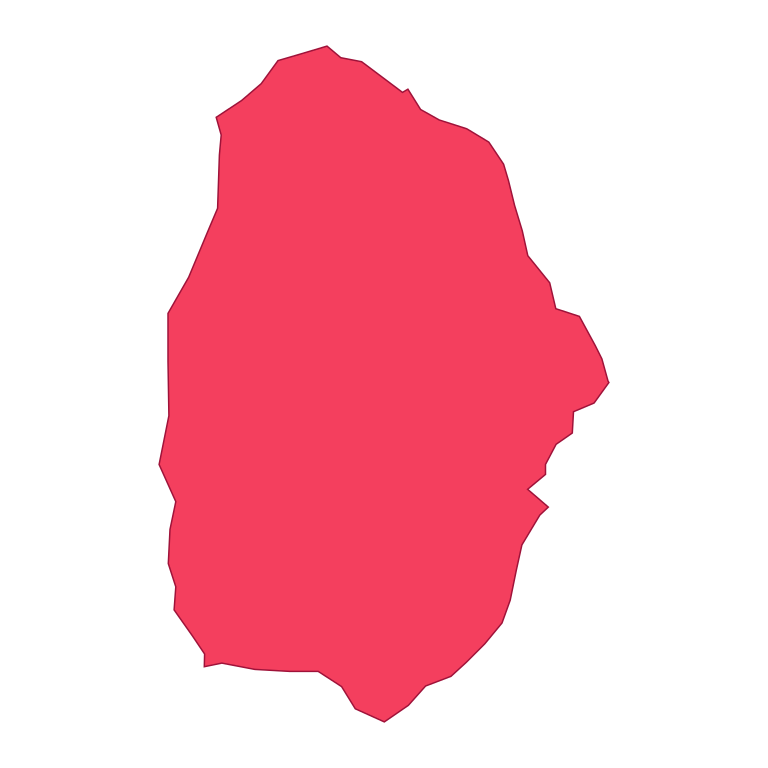 the district of Apesia, Limassol, Cyprus
{"feature_id": "46923920B26511278175310", "entity_name": "Apesia", "entity_type": "district", "adm_level": 2, "iso_a3": "CYP", "parent_name": "Cyprus", "parent_adm1": "Limassol", "projection": "orthographic", "projection_center": [32.979, 34.782], "detail": "fine", "context": "isolated", "style": "filled", "palette": "rose", "viewbox_px": 768, "rotation_deg": 0, "n_neighbors": 0, "source": "geoboundaries", "source_scale": "gbopen_adm2", "svg_char_len": 976}
<svg xmlns="http://www.w3.org/2000/svg" viewBox="0 0 768 768"><path d="M608.9,382.5L608.0,381.0L601.9,358.9L595.3,345.7L579.4,316.4L555.8,308.7L549.7,282.8L527.8,255.7L522.3,230.9L514.6,205.5L508.5,180.7L503.6,164.2L488.8,142.1L466.8,128.8L439.3,120.0L420.6,109.5L407.9,89.2L402.5,92.4L361.6,61.7L340.8,57.7L327.0,46.1L299.9,54.2L278.0,60.6L261.2,83.7L241.6,100.5L216.2,117.3L221.2,135.0L219.4,154.9L217.6,208.3L207.6,231.9L188.7,277.2L168.0,313.4L168.0,361.4L168.9,415.7L159.1,464.5L175.8,501.6L175.0,505.5L170.0,529.4L168.3,563.6L175.8,586.8L174.1,609.9L192.5,636.0L204.6,654.0L204.3,666.7L221.8,663.1L254.8,669.4L289.9,671.4L318.2,671.4L341.6,686.6L355.3,708.8L384.3,721.9L408.4,705.3L425.6,686.0L451.0,676.3L466.2,662.4L484.8,643.8L502.0,623.0L510.2,600.2L516.4,569.8L521.9,544.9L539.8,515.1L548.3,507.1L528.3,489.9L527.6,489.3L545.5,474.4L545.5,464.4L556.1,444.3L572.3,433.0L573.5,411.7L594.1,403.0L608.9,382.5Z" fill="#f43f5e" stroke="#9f1239" stroke-width="1.5"/></svg>